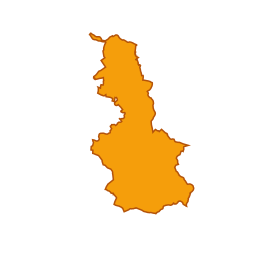 the district of Sintereag, Bistrita-Nasaud, Romania, rotated 52°
{"feature_id": "2599482B46871685550444", "entity_name": "Sintereag", "entity_type": "district", "adm_level": 2, "iso_a3": "ROU", "parent_name": "Romania", "parent_adm1": "Bistrita-Nasaud", "projection": "albers", "projection_center": [24.321, 47.167], "detail": "fine", "context": "isolated", "style": "filled", "palette": "amber", "viewbox_px": 256, "rotation_deg": 52, "n_neighbors": 0, "source": "geoboundaries", "source_scale": "gbopen_adm2", "svg_char_len": 5834}
<svg xmlns="http://www.w3.org/2000/svg" viewBox="0 0 256 256"><g transform="rotate(52 128 128)"><path d="M143.3,169.0L146.7,168.7L149.2,167.3L149.6,166.9L152.1,166.9L153.1,167.2L153.6,167.5L154.4,168.2L155.3,168.6L159.8,171.4L159.9,178.7L160.3,179.3L160.8,180.9L162.4,183.7L163.0,183.1L163.5,182.8L164.3,182.8L164.7,182.6L165.3,182.3L166.0,181.7L167.7,181.3L169.0,181.4L169.4,180.8L169.9,180.5L170.1,180.3L170.2,179.9L170.7,179.9L170.9,180.2L171.5,180.1L171.6,180.4L171.9,180.1L173.0,179.9L174.4,180.0L175.1,179.8L176.0,180.0L176.8,181.4L177.1,182.1L178.1,183.9L179.6,186.0L181.4,185.2L183.0,184.0L184.1,183.1L185.0,182.7L185.9,182.2L186.9,181.9L188.0,181.6L191.6,182.6L192.7,178.5L192.9,177.7L192.8,176.7L193.1,175.7L193.4,175.5L193.9,175.0L194.0,174.6L194.8,173.7L195.5,171.8L196.0,171.2L195.9,170.8L198.5,169.3L201.2,167.7L203.5,166.9L205.6,165.2L206.3,164.8L208.1,163.0L208.6,162.1L208.8,161.9L210.4,160.7L212.2,159.0L212.7,158.8L212.7,158.6L212.3,157.7L212.5,157.3L212.4,156.8L212.5,156.2L212.9,155.3L212.9,154.7L212.7,154.0L212.5,152.6L212.5,151.9L212.9,151.1L213.0,150.2L212.4,149.4L212.0,149.1L211.5,148.1L211.6,147.6L211.9,146.8L212.0,146.1L212.2,145.9L212.7,144.8L213.7,143.2L215.0,142.1L215.2,141.7L215.4,141.3L215.4,140.7L215.7,140.0L215.5,139.2L215.2,138.8L215.3,138.2L215.9,138.3L216.4,138.2L216.7,138.0L216.9,137.4L217.4,137.1L217.5,135.8L217.2,134.1L216.9,133.7L216.9,133.4L217.4,132.3L218.0,131.6L220.1,130.9L220.9,131.0L221.7,131.4L223.0,131.1L223.6,130.9L224.3,130.4L224.8,130.3L225.0,130.4L225.7,130.0L224.9,129.7L223.6,128.4L222.9,126.4L222.9,126.1L222.2,125.6L221.8,124.8L221.0,124.1L220.6,123.9L219.9,121.9L219.4,121.6L219.3,121.0L218.8,120.3L218.4,119.9L218.2,119.4L217.6,119.3L217.8,118.9L217.6,118.5L217.4,118.2L217.5,117.0L217.2,115.3L216.9,114.5L216.2,113.6L215.8,113.2L214.7,112.9L213.8,112.4L212.2,112.6L210.7,113.3L209.9,114.1L209.1,115.6L208.8,115.8L207.3,115.7L205.2,115.4L203.1,115.5L202.3,115.0L201.9,114.9L201.1,115.0L200.4,115.3L199.2,116.1L198.0,116.5L196.4,116.8L196.0,116.5L195.2,116.5L193.9,116.2L192.9,116.2L192.0,116.6L191.2,116.5L189.9,116.0L188.6,115.7L188.1,115.3L187.8,115.4L187.4,114.8L186.8,113.0L187.7,110.7L186.5,110.4L186.5,110.6L184.1,108.9L181.7,108.6L181.5,108.4L181.2,107.9L180.7,107.2L180.6,106.6L180.6,105.0L181.0,103.5L179.0,100.5L179.6,99.7L179.7,99.2L180.4,99.0L179.0,97.0L177.6,96.2L177.1,95.5L178.8,91.2L174.5,94.3L171.1,96.2L169.9,97.6L168.1,99.1L167.4,99.3L165.3,98.7L165.2,98.9L164.5,99.2L164.0,99.8L163.6,100.8L162.6,101.5L159.3,101.5L157.6,101.3L157.3,100.8L156.6,100.7L156.1,100.8L156.1,101.0L154.7,101.6L149.7,102.4L150.0,105.6L149.1,105.6L148.2,106.6L146.8,107.0L146.0,107.3L146.7,111.0L143.0,109.0L140.1,107.7L136.9,105.6L136.2,102.7L135.3,101.4L134.6,99.3L133.6,97.7L132.4,97.0L129.7,96.6L127.7,95.8L125.4,94.3L124.5,92.9L123.9,92.5L122.3,91.6L121.1,91.4L119.1,91.5L118.6,91.3L117.7,92.0L116.9,92.2L115.4,92.3L114.5,92.1L114.0,91.8L113.3,90.7L112.5,90.4L111.1,90.4L111.0,89.9L111.1,88.9L111.3,87.6L110.9,85.8L109.6,83.2L108.2,81.6L107.4,81.2L107.2,81.0L106.9,81.1L105.6,81.9L105.1,81.9L103.4,83.1L100.0,86.1L99.4,86.8L97.1,84.5L95.9,83.8L95.2,84.6L95.1,84.9L93.0,83.8L91.0,83.1L89.0,82.0L87.7,81.6L86.6,79.9L85.6,80.6L85.5,79.9L84.2,80.7L83.5,80.4L83.1,79.9L79.1,78.5L79.3,79.6L78.9,79.7L78.7,78.6L78.8,77.4L78.8,76.5L77.1,77.4L76.8,77.0L75.7,77.6L75.1,77.2L74.6,76.7L73.8,77.0L73.1,75.8L73.2,75.7L73.0,75.4L72.7,75.2L72.3,75.7L71.5,74.7L69.5,72.7L67.9,71.3L67.8,71.1L68.2,70.4L67.7,70.0L65.6,71.2L64.0,71.8L62.3,72.8L61.2,73.7L60.7,74.9L60.1,75.6L59.0,75.9L56.4,76.9L55.7,77.4L55.5,78.0L55.1,78.3L53.1,79.1L51.4,79.3L49.3,79.0L48.2,79.3L47.8,79.6L47.2,80.3L46.7,83.5L45.8,83.5L45.2,86.4L45.7,89.2L45.4,91.4L45.2,92.3L44.1,93.4L42.5,94.7L41.6,94.2L40.9,94.1L39.7,94.0L39.2,94.1L38.5,94.4L36.6,96.8L35.3,97.4L34.0,97.6L32.1,98.5L30.4,98.9L30.3,99.5L30.5,100.0L30.8,100.8L31.2,100.6L34.0,100.9L34.6,101.0L36.6,100.9L37.8,100.0L38.5,99.2L39.1,98.7L40.8,97.9L41.6,97.3L42.2,96.4L44.2,95.1L45.5,93.7L46.3,92.6L46.9,92.8L47.9,94.9L49.0,96.6L50.1,98.0L51.5,99.0L51.9,100.3L56.7,102.9L58.4,103.0L58.2,107.6L66.2,108.2L65.9,114.1L65.3,116.1L66.3,119.7L66.5,121.3L66.4,123.3L67.2,124.1L67.5,123.7L68.0,123.5L68.4,123.6L68.5,124.3L69.6,124.0L69.8,123.3L70.3,122.5L71.5,119.7L72.4,118.2L73.1,116.4L73.6,116.8L75.8,118.0L75.9,118.6L77.7,119.8L78.1,120.3L78.4,120.8L78.8,121.0L78.6,121.4L77.3,122.6L78.2,123.7L78.1,123.8L79.6,125.2L77.4,126.5L78.2,126.7L79.9,128.1L80.6,128.7L81.9,130.4L85.7,128.7L86.3,128.1L86.8,128.0L87.5,127.5L88.0,127.0L88.1,125.0L89.8,126.0L92.7,123.3L94.0,122.5L95.5,122.0L96.9,123.8L98.7,122.5L96.0,119.5L96.4,119.3L96.9,118.3L98.8,118.7L99.5,119.4L99.6,119.8L99.6,121.3L99.7,121.8L100.0,123.2L101.2,123.9L102.1,123.9L102.9,123.5L103.3,123.0L103.5,122.5L103.6,122.0L103.5,121.3L107.2,120.9L110.2,120.9L110.3,123.2L110.8,123.5L111.3,123.5L111.4,123.4L111.4,123.0L112.1,123.0L113.0,122.5L113.7,121.2L114.1,121.1L114.5,121.2L115.1,121.8L115.3,122.7L115.8,123.4L117.3,124.1L117.4,124.3L117.6,125.1L117.6,126.0L116.8,127.0L116.5,128.1L116.0,128.6L115.5,128.7L115.5,129.0L117.4,128.8L119.0,128.9L119.0,130.0L118.9,130.3L118.7,130.7L118.2,131.1L117.8,131.6L117.8,133.5L118.1,133.8L118.4,134.3L118.4,136.2L117.1,136.4L116.7,136.8L116.1,137.8L115.3,138.8L115.7,139.5L115.7,140.8L115.9,141.0L118.4,141.3L118.4,141.6L119.3,143.2L119.1,143.7L120.7,144.9L120.7,145.3L120.2,146.5L120.2,147.7L119.9,148.3L118.9,149.3L117.1,150.4L115.4,152.7L115.1,153.6L115.1,154.2L115.3,154.8L115.9,155.3L116.3,156.0L116.8,156.5L118.5,157.1L119.3,157.7L119.5,158.8L119.6,159.4L119.4,160.0L119.1,160.6L118.7,161.0L116.8,162.0L115.5,163.1L116.9,163.8L118.2,164.1L120.2,166.8L119.9,168.3L122.5,170.7L123.9,169.4L126.3,171.4L127.1,170.8L129.3,169.6L131.3,168.3L132.3,168.1L137.6,168.3L138.5,169.0L141.7,170.2L143.3,169.0Z" fill="#f59e0b" stroke="#b45309" stroke-width="1.5"/></g></svg>